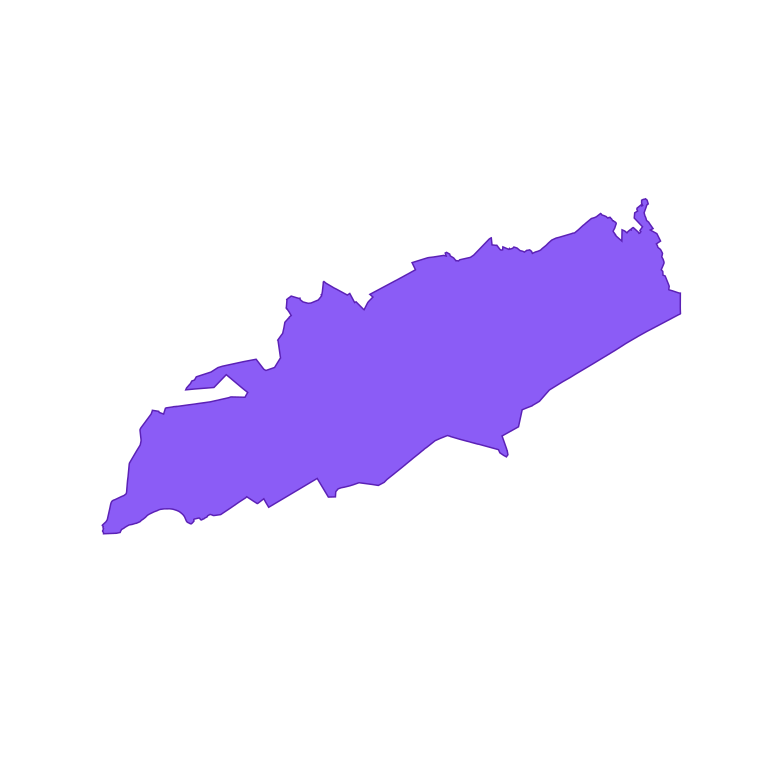 Bebru pag., Kokneses, Latvia, rotated 333°
{"feature_id": "27541924B18398292435736", "entity_name": "Bebru pag.", "entity_type": "district", "adm_level": 2, "iso_a3": "LVA", "parent_name": "Latvia", "parent_adm1": "Kokneses", "projection": "mercator", "projection_center": [25.446, 56.734], "detail": "fine", "context": "isolated", "style": "filled", "palette": "violet", "viewbox_px": 768, "rotation_deg": 333, "n_neighbors": 0, "source": "geoboundaries", "source_scale": "gbopen_adm2", "svg_char_len": 6048}
<svg xmlns="http://www.w3.org/2000/svg" viewBox="0 0 768 768"><g transform="rotate(333 384 384)"><path d="M654.4,330.4L649.2,331.4L646.9,331.3L643.9,330.7L636.8,332.3L635.0,332.8L633.3,333.1L627.3,334.8L622.4,335.9L620.2,335.2L620.0,335.3L606.6,332.8L603.6,332.1L598.8,331.9L594.6,333.0L591.3,334.1L586.5,335.1L584.2,335.8L581.4,335.6L578.9,335.1L575.5,335.0L575.7,332.8L574.7,330.6L572.7,330.1L572.0,329.7L569.0,330.2L568.0,328.8L565.8,326.9L564.3,323.3L561.9,320.9L560.2,321.5L557.4,321.0L557.3,320.2L556.3,320.7L552.2,315.8L550.6,318.3L549.2,317.9L548.5,317.0L547.5,311.6L547.2,311.6L543.4,309.1L545.9,302.6L545.6,302.6L545.4,302.4L543.5,302.6L534.0,305.9L522.4,309.9L518.4,310.4L518.5,310.4L507.9,307.7L506.2,308.2L504.7,307.0L504.1,307.0L503.3,303.3L501.2,299.9L501.5,298.1L499.5,295.1L498.0,295.1L497.5,298.2L495.5,296.5L485.4,293.2L481.4,291.7L480.0,291.3L464.1,288.6L463.9,296.5L448.5,297.0L422.6,297.5L412.1,297.7L413.6,301.5L408.3,303.3L406.8,303.9L405.6,304.7L400.0,308.8L399.7,308.3L397.2,300.6L396.4,298.1L394.8,298.1L394.7,291.9L394.6,287.8L391.7,288.1L384.7,277.9L383.0,275.6L381.5,273.2L378.1,267.9L377.0,265.4L376.4,265.5L376.1,265.7L376.0,266.1L370.9,273.9L369.5,275.7L369.2,275.9L368.5,276.0L368.5,277.1L363.6,279.3L355.7,278.7L353.1,277.7L349.1,274.1L347.6,270.8L348.1,269.4L347.5,269.2L346.6,268.8L346.4,268.5L341.2,263.5L338.3,264.1L337.8,264.0L337.4,264.3L335.7,264.5L335.6,264.9L335.6,265.2L332.1,270.9L331.3,271.9L331.7,272.6L331.5,273.2L331.7,273.3L332.2,277.1L332.4,280.9L331.9,280.9L329.7,281.5L329.3,282.1L328.8,282.0L323.7,284.0L320.4,288.4L316.7,292.9L314.8,293.8L309.2,296.7L309.3,297.2L303.6,313.9L303.0,314.1L294.0,319.6L285.3,318.4L284.9,318.3L283.6,316.3L281.3,303.9L269.3,300.4L248.1,294.8L243.5,294.0L235.3,294.8L222.0,292.7L220.0,292.4L217.0,294.4L214.0,294.1L211.7,295.8L210.7,296.1L206.3,297.9L204.7,299.2L212.8,302.4L230.9,309.9L247.7,304.1L255.3,322.0L258.7,329.7L256.6,331.0L254.1,332.7L241.7,326.0L239.4,325.7L221.0,321.0L188.7,309.8L188.8,309.7L186.0,308.6L185.3,308.5L179.1,306.4L178.2,306.4L174.0,310.7L170.8,307.3L170.9,306.1L165.7,302.3L165.5,302.6L163.5,304.5L162.8,305.1L147.5,312.7L146.5,313.4L146.1,313.7L145.8,314.1L145.5,314.7L143.9,318.9L143.4,320.2L142.5,322.7L141.8,324.3L139.4,327.3L138.9,327.8L133.0,331.4L121.3,338.9L121.0,339.3L120.7,339.6L113.8,350.5L111.8,353.4L109.6,356.9L105.6,363.4L104.5,364.7L101.8,365.3L99.0,365.1L91.7,364.9L90.3,364.7L89.8,364.7L88.5,364.9L87.3,365.6L85.9,367.0L83.6,369.9L75.9,379.2L74.8,379.9L73.8,380.5L69.0,381.9L68.7,382.2L68.8,382.6L69.1,383.2L69.1,383.7L68.5,384.3L68.4,384.5L68.3,384.9L68.4,385.6L67.9,386.0L67.5,386.5L67.1,386.7L66.5,387.2L66.4,387.7L66.6,388.7L66.5,389.3L66.1,390.1L77.8,395.5L81.5,396.5L82.5,395.6L84.1,394.5L86.0,394.4L86.6,394.4L88.3,394.1L91.4,393.9L93.0,393.9L95.9,394.8L99.0,395.3L100.2,395.7L103.7,395.9L104.2,395.9L106.0,395.3L108.0,395.1L110.9,394.5L113.5,393.6L115.6,393.4L121.0,393.5L124.5,393.9L126.2,393.9L127.9,394.2L131.3,395.4L136.4,397.9L138.8,399.5L140.0,400.6L141.8,402.4L143.3,404.2L144.0,405.4L144.7,406.9L145.4,408.6L145.8,410.1L145.9,411.1L146.0,412.1L145.9,413.3L145.7,416.1L145.8,417.2L146.2,418.2L146.8,418.9L147.7,420.2L148.5,421.0L148.8,421.1L149.8,420.9L152.0,420.1L152.5,419.8L152.9,418.5L153.4,418.2L153.5,418.2L158.0,419.3L158.7,419.7L158.9,420.2L158.9,421.1L159.0,421.6L159.3,422.0L159.8,422.3L160.2,422.3L161.1,422.1L162.0,422.4L162.6,422.3L163.4,422.1L165.5,422.1L166.3,422.0L166.9,421.4L167.1,421.3L168.6,421.3L169.6,421.2L170.3,421.6L171.5,422.8L172.1,423.6L172.4,423.8L173.3,424.2L179.2,426.2L191.1,424.8L201.5,423.4L209.1,422.6L210.5,422.1L214.2,428.6L216.7,432.9L217.2,433.1L224.8,431.7L224.9,435.6L225.3,441.5L281.6,437.8L283.1,459.5L289.5,462.5L291.2,459.6L292.2,458.0L295.6,456.6L298.7,457.0L301.8,457.9L307.3,459.2L310.8,459.8L316.9,460.6L327.8,468.1L332.9,471.8L339.5,471.7L343.4,470.4L361.7,466.6L376.9,463.2L383.3,461.9L386.4,461.2L386.7,461.1L389.4,460.6L389.9,460.4L391.7,460.0L393.0,459.9L403.8,457.7L409.4,458.0L417.1,458.7L419.3,460.7L419.4,461.0L426.5,467.7L440.1,480.0L441.1,480.7L455.7,494.0L456.2,494.5L456.0,497.9L458.2,501.9L460.0,504.5L462.1,503.3L462.3,503.3L463.4,499.7L463.5,499.5L463.4,499.4L463.8,497.3L465.6,483.9L484.4,483.2L495.4,469.7L500.5,470.1L506.2,470.7L506.6,470.5L514.6,470.0L528.7,464.4L544.3,463.1L553.1,462.7L558.8,462.2L578.8,460.9L605.8,458.9L617.9,457.7L628.2,457.1L630.8,457.0L631.3,456.9L641.9,456.5L658.7,456.3L677.6,456.0L679.5,456.1L680.1,455.9L682.0,451.8L683.3,449.2L689.3,437.6L689.0,437.5L687.7,436.4L683.3,431.9L680.8,429.6L680.7,429.5L680.6,429.3L680.7,429.0L682.5,426.4L682.7,424.9L683.4,417.2L683.5,415.6L683.5,415.3L682.0,413.7L683.5,410.3L683.5,410.1L682.9,408.2L683.1,407.9L688.0,403.8L688.5,403.2L688.7,402.8L688.9,402.2L689.3,399.7L689.2,396.8L690.6,395.2L691.5,394.0L691.5,392.8L691.5,392.1L691.5,390.2L691.1,388.7L690.5,387.6L690.1,386.7L690.2,386.2L690.2,385.9L690.4,385.0L690.4,384.2L690.3,383.4L690.3,382.8L695.3,382.2L695.4,373.9L691.2,367.7L694.2,367.7L694.3,367.7L693.8,364.2L693.4,361.3L693.3,359.9L692.2,357.5L692.6,355.5L692.8,354.2L692.8,352.8L693.5,349.5L698.1,345.2L699.2,343.9L701.2,343.5L701.9,339.6L701.1,337.7L700.4,337.7L698.8,337.2L697.0,337.2L695.6,339.8L695.5,342.4L694.5,342.4L694.4,341.1L689.3,342.2L688.6,343.2L688.5,345.0L685.1,345.3L682.3,349.7L683.4,353.4L685.7,361.3L681.7,363.4L681.6,363.6L682.0,364.9L680.4,365.7L679.6,365.6L679.6,364.6L679.4,363.8L677.4,358.4L677.2,357.9L676.8,357.7L674.7,358.0L674.1,359.0L673.4,358.3L670.7,358.9L669.1,359.6L668.0,357.0L666.1,354.7L660.8,364.6L658.0,357.5L658.1,356.6L657.8,356.3L657.7,356.1L658.0,355.8L657.5,352.6L657.5,352.0L657.8,351.6L660.3,349.9L662.6,347.6L663.5,346.8L663.8,346.4L663.9,345.9L663.8,345.3L663.3,344.2L662.9,343.8L662.7,343.5L662.7,343.2L662.6,342.7L661.8,342.3L661.8,341.3L661.7,340.1L661.5,339.6L661.1,339.0L661.3,338.4L661.0,338.0L660.5,338.0L659.8,337.7L658.9,337.8L658.7,337.7L658.4,337.0L658.3,336.6L657.9,335.6L656.4,333.8L655.4,332.8L654.8,332.0L654.8,331.2L654.4,330.4Z" fill="#8b5cf6" stroke="#5b21b6" stroke-width="1.5"/></g></svg>